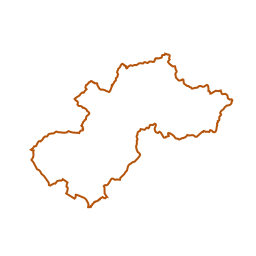 outline of Petris, Arad, Romania, rotated 49°
{"feature_id": "2599482B88106197026841", "entity_name": "Petris", "entity_type": "district", "adm_level": 2, "iso_a3": "ROU", "parent_name": "Romania", "parent_adm1": "Arad", "projection": "equal_earth", "projection_center": [22.372, 46.087], "detail": "fine", "context": "isolated", "style": "outline", "palette": "amber", "viewbox_px": 256, "rotation_deg": 49, "n_neighbors": 0, "source": "geoboundaries", "source_scale": "gbopen_adm2", "svg_char_len": 5742}
<svg xmlns="http://www.w3.org/2000/svg" viewBox="0 0 256 256"><g transform="rotate(49 128 128)"><path d="M182.9,70.5L184.3,69.2L183.5,67.6L183.7,67.2L184.9,66.5L186.7,66.4L187.5,66.1L187.9,65.5L188.1,64.7L188.0,64.0L187.6,62.9L184.9,59.7L184.6,58.9L183.1,58.0L182.8,57.4L182.7,56.4L181.7,55.8L181.7,55.6L182.0,54.9L181.9,54.1L181.4,53.4L179.6,52.0L179.1,49.0L178.7,48.8L177.2,48.7L176.4,47.1L176.3,46.3L176.4,44.4L176.4,43.3L175.8,41.4L175.9,38.6L176.7,37.6L177.3,36.1L177.5,35.3L177.3,33.9L176.2,32.5L175.9,31.7L175.4,31.0L174.3,31.0L173.4,32.5L171.1,33.2L169.6,32.1L168.1,31.6L166.8,31.9L166.0,32.2L164.6,34.4L163.7,34.7L162.4,34.3L160.5,33.4L159.6,35.5L157.5,37.3L156.8,40.7L156.8,41.8L156.2,43.2L155.7,42.8L155.0,43.1L154.3,42.4L153.6,42.4L152.7,43.0L151.1,41.4L148.7,39.9L147.7,40.0L147.1,40.4L146.8,42.9L146.5,43.9L145.8,44.6L143.9,45.7L143.2,46.7L142.9,47.8L143.1,48.7L142.9,49.5L141.8,50.8L140.5,53.6L140.0,54.0L138.9,53.8L137.5,54.6L135.9,54.8L135.2,55.7L131.9,56.5L130.9,56.5L127.8,54.5L127.0,55.1L126.9,55.5L127.0,56.2L126.0,58.0L125.4,58.6L121.3,58.7L119.2,57.3L118.8,57.3L118.0,56.4L117.5,54.4L117.0,54.0L114.8,53.5L112.4,52.0L111.7,52.7L110.9,53.8L110.4,54.0L109.2,54.1L108.7,54.4L108.2,54.3L107.2,54.6L104.8,54.6L104.4,54.2L104.1,54.1L103.6,51.6L102.4,51.3L101.1,49.4L100.5,48.9L99.4,49.1L98.3,50.2L97.3,50.5L97.1,50.9L96.4,51.2L96.6,51.4L96.9,52.5L96.4,52.9L95.6,54.1L95.5,54.5L96.0,55.3L96.8,56.0L96.9,56.5L96.6,57.1L96.5,57.6L96.0,58.3L95.8,59.0L95.1,59.6L95.0,60.0L94.1,60.5L93.9,60.9L93.9,61.3L93.6,61.5L93.7,62.2L94.1,62.4L94.4,63.5L95.1,64.7L94.3,66.1L93.2,66.7L92.0,68.1L91.9,68.3L91.9,70.3L91.7,70.7L89.3,72.1L89.0,72.9L89.2,74.1L89.1,74.3L88.7,74.9L87.8,75.5L86.6,77.0L86.4,77.6L86.3,79.3L86.0,80.6L85.3,81.0L84.7,81.8L84.0,83.8L82.2,85.1L81.8,87.6L82.3,89.2L82.2,89.8L82.0,90.0L81.3,89.9L80.6,89.6L80.1,89.0L79.7,88.9L79.1,89.2L78.8,89.6L78.3,89.8L78.0,89.5L77.5,89.5L77.1,89.8L76.0,90.0L75.7,90.5L75.9,92.4L76.5,93.3L77.0,95.1L76.9,96.5L77.7,97.6L77.9,98.4L78.8,99.7L81.0,100.3L81.5,101.3L82.3,102.2L82.5,103.2L82.5,104.5L84.1,105.9L84.1,107.9L84.7,108.9L84.9,110.1L85.5,111.6L84.9,112.1L85.0,112.3L86.2,113.0L86.4,113.7L87.5,115.6L87.6,116.0L88.0,116.5L88.5,118.1L88.4,118.7L87.8,119.1L87.1,119.3L85.8,120.1L84.2,120.7L82.9,121.5L81.9,122.4L81.5,123.2L79.6,123.8L75.3,122.9L74.3,122.1L74.0,122.1L73.2,122.7L72.5,123.8L71.7,123.8L71.4,124.1L70.8,124.0L70.5,124.5L70.3,124.6L68.8,124.6L68.2,125.4L68.4,126.4L68.2,126.7L67.9,127.8L68.2,128.0L68.3,128.8L68.2,129.4L68.5,130.5L68.1,131.5L68.5,132.3L69.5,133.6L70.8,133.9L71.5,133.8L71.7,136.3L72.3,138.0L72.3,138.3L71.2,139.2L71.2,141.8L71.7,143.2L71.1,146.5L71.2,148.0L71.0,148.6L70.9,149.0L70.2,149.3L72.9,149.3L74.4,148.8L75.3,148.8L76.2,149.4L77.2,150.8L78.5,150.8L79.4,150.4L80.1,149.6L81.3,148.8L83.2,148.9L83.6,148.0L84.4,147.8L86.8,147.2L88.5,147.7L89.8,147.3L91.3,147.4L91.7,147.8L92.0,148.6L91.9,151.3L92.6,152.8L93.9,154.1L93.6,155.0L93.6,155.6L94.0,156.3L94.0,157.7L94.8,159.1L95.1,160.2L95.6,160.7L95.7,161.3L95.7,161.7L97.6,161.5L98.5,162.6L99.4,162.5L100.1,163.6L99.9,164.1L99.4,164.7L99.0,165.7L99.4,167.6L99.8,168.2L98.5,169.1L97.8,170.2L96.5,171.2L95.6,172.3L93.0,174.2L91.5,174.8L91.3,175.0L91.1,176.6L91.2,177.1L90.0,178.9L88.2,180.8L86.9,181.8L86.3,182.6L85.2,183.5L83.6,184.5L83.2,187.8L81.7,189.7L80.9,191.2L80.6,192.0L81.3,194.5L79.9,196.4L80.1,197.4L79.9,197.7L80.2,198.6L80.1,199.0L80.7,200.0L80.7,201.5L80.5,202.1L80.8,202.8L79.9,203.4L79.5,204.0L79.8,205.7L80.4,207.2L81.3,208.9L81.2,209.5L80.3,210.9L80.9,212.9L80.7,215.5L81.9,215.1L83.1,214.0L83.4,214.6L84.5,215.8L85.5,216.2L87.6,218.4L88.0,219.2L88.7,221.8L91.9,221.9L99.5,223.7L101.3,222.8L101.9,222.7L103.7,222.8L105.8,223.4L109.3,222.9L117.2,223.7L119.1,225.0L119.5,225.0L120.4,224.5L121.1,221.1L121.5,220.0L122.3,219.3L121.6,216.4L121.9,215.7L122.7,214.1L123.8,213.1L124.0,212.2L124.2,211.9L123.8,210.8L129.4,209.4L130.4,211.1L131.8,212.9L133.3,212.7L133.9,212.9L136.1,215.6L136.8,217.6L146.2,214.7L146.1,213.3L144.1,211.2L145.0,210.4L151.6,207.1L153.3,206.6L155.0,206.6L157.7,207.2L159.6,207.8L161.6,210.0L162.9,208.6L163.2,207.8L162.4,207.3L162.7,205.9L162.1,204.6L162.3,203.6L161.8,202.5L161.8,202.0L162.2,201.4L162.0,201.1L163.2,198.6L162.9,197.6L162.9,197.3L163.1,197.3L163.5,195.9L163.0,195.4L163.0,194.7L163.2,194.1L163.4,192.5L165.3,192.0L166.1,191.2L165.9,189.8L165.6,189.3L165.9,189.1L162.1,188.6L157.5,184.8L156.0,184.4L155.9,183.6L156.1,182.7L156.9,182.1L157.4,180.9L157.3,180.1L156.8,178.0L155.7,174.6L155.5,173.8L155.9,173.0L156.4,172.6L158.4,171.9L159.1,171.0L159.1,170.6L161.8,168.0L160.7,166.6L160.6,166.2L160.4,161.4L159.5,158.2L159.5,156.8L156.9,153.1L156.6,152.1L156.4,150.8L156.7,149.4L156.8,147.1L157.7,145.3L157.4,141.2L157.0,138.4L156.2,136.4L155.0,136.1L153.5,136.1L152.7,136.4L151.7,136.2L150.8,135.8L149.7,135.5L147.3,134.1L146.9,133.6L146.7,132.8L145.7,131.9L145.3,131.2L143.1,129.5L143.1,128.6L142.6,128.1L140.3,127.3L139.8,126.8L139.4,126.0L139.3,125.2L138.3,124.5L137.7,123.5L137.6,122.2L138.1,121.1L137.1,119.2L140.3,116.6L140.3,115.8L140.0,114.3L140.1,113.5L140.6,113.1L141.6,112.9L141.6,112.3L141.1,111.1L140.3,109.8L140.3,109.1L142.1,107.2L142.2,105.1L143.0,104.7L143.7,104.8L144.5,105.5L145.8,108.1L146.6,108.8L148.3,109.5L149.4,109.7L151.1,108.9L151.5,108.4L151.4,106.8L152.1,106.4L153.5,106.3L158.7,107.3L159.9,105.8L159.6,105.1L160.6,103.0L160.8,102.4L158.6,101.6L158.3,101.1L158.6,100.5L159.6,99.8L160.9,99.3L163.5,98.7L166.9,98.8L167.6,98.6L168.8,97.3L170.1,97.1L170.4,96.6L171.2,93.8L172.1,92.6L172.1,91.8L172.6,90.7L172.6,89.4L172.2,88.3L172.2,87.8L173.6,87.0L175.3,84.5L176.3,83.5L176.9,83.2L178.7,83.0L179.7,81.8L179.6,74.6L180.2,74.1L179.8,72.9L180.0,72.6L181.9,71.8L182.9,70.5Z" fill="none" stroke="#b45309" stroke-width="2"/></g></svg>